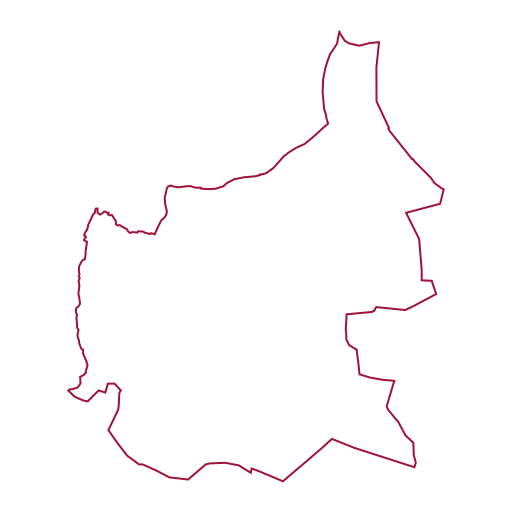 the district of Doedain, River Cess, Liberia
{"feature_id": "62588387B34334652858528", "entity_name": "Doedain", "entity_type": "district", "adm_level": 2, "iso_a3": "LBR", "parent_name": "Liberia", "parent_adm1": "River Cess", "projection": "orthographic", "projection_center": [-9.275, 6.287], "detail": "fine", "context": "isolated", "style": "outline", "palette": "rose", "viewbox_px": 512, "rotation_deg": 0, "n_neighbors": 0, "source": "geoboundaries", "source_scale": "gbopen_adm2", "svg_char_len": 3564}
<svg xmlns="http://www.w3.org/2000/svg" viewBox="0 0 512 512"><path d="M282.9,481.3L304.2,463.2L321.6,448.3L332.0,438.9L332.4,439.1L353.9,447.7L367.7,452.2L414.4,467.2L415.7,463.1L415.8,462.8L414.4,457.4L413.8,454.9L413.4,443.6L413.2,442.6L411.4,440.9L405.4,435.2L398.1,421.6L396.3,419.7L390.1,412.1L388.4,410.1L388.2,409.6L387.4,408.2L386.7,406.1L387.0,405.3L387.0,405.2L392.5,386.8L394.3,380.8L382.4,379.8L369.4,377.4L359.5,374.3L358.2,361.6L357.8,358.7L357.6,357.2L356.6,349.4L356.0,349.4L354.5,348.4L349.3,345.2L346.4,339.7L346.1,330.7L345.7,330.2L346.4,319.1L346.6,314.3L372.4,311.9L373.3,310.8L374.2,310.8L376.2,307.1L377.3,307.2L386.2,308.1L404.0,309.9L405.2,310.1L405.5,309.9L412.5,306.6L436.2,294.0L436.0,293.5L432.2,282.2L431.8,280.8L421.7,280.3L421.7,279.0L421.7,269.6L420.5,255.4L419.1,239.0L408.4,217.4L406.1,212.8L440.1,203.8L443.7,189.4L442.0,188.6L434.4,183.0L431.2,178.2L426.0,172.9L415.1,162.0L412.8,159.0L412.0,159.1L411.3,158.1L389.5,130.8L388.4,128.4L389.0,128.0L376.5,101.3L376.5,93.0L376.4,67.2L376.5,66.2L377.1,60.8L379.0,42.2L369.9,43.0L364.9,44.3L359.2,45.7L348.8,43.3L345.2,41.0L344.0,39.7L339.6,32.8L339.5,30.7L338.0,38.5L337.1,43.6L333.3,49.4L329.9,54.5L327.1,62.3L326.6,64.0L325.9,66.2L325.8,66.6L325.2,68.7L323.2,79.0L322.6,91.7L323.7,104.1L324.0,107.7L324.1,108.9L326.1,115.2L326.4,118.2L328.1,123.6L323.3,127.7L316.6,133.9L310.3,139.4L304.7,143.9L303.2,144.6L296.0,147.9L288.8,152.4L283.5,156.6L279.1,161.6L273.4,168.0L266.1,173.2L262.7,174.2L260.1,174.5L260.3,174.9L255.8,176.2L243.3,177.4L234.0,179.3L233.6,179.5L226.8,183.1L223.1,186.4L218.3,187.8L215.4,188.8L208.2,189.1L201.4,188.7L200.6,188.5L200.7,187.7L196.3,187.7L195.7,187.7L190.6,186.2L190.1,186.1L185.4,186.4L178.6,187.3L174.8,186.8L170.7,185.5L169.4,186.0L168.1,186.4L166.8,188.5L166.1,192.0L165.1,196.1L164.7,197.7L165.1,203.7L166.9,211.3L166.2,214.8L164.2,217.8L161.4,220.2L158.4,226.0L154.7,234.3L151.4,233.2L151.3,233.4L149.8,234.1L147.7,233.4L144.7,232.6L142.8,231.5L137.9,231.4L137.3,232.6L135.2,232.3L132.8,232.1L129.9,232.9L128.1,231.4L126.8,229.1L122.0,226.6L119.7,225.1L117.6,225.5L115.9,224.3L115.9,221.1L115.7,220.9L111.8,214.9L110.2,215.3L108.2,214.7L108.6,212.8L107.4,212.9L105.2,211.6L104.3,211.6L102.7,212.9L102.1,213.4L100.1,214.6L97.6,212.9L97.6,209.8L97.5,208.5L95.7,208.7L95.0,211.6L94.9,212.6L93.1,214.5L92.9,214.8L87.9,225.6L88.0,226.7L86.7,230.3L85.4,232.0L84.3,234.8L84.1,235.1L86.0,237.1L84.6,238.7L84.0,239.8L84.1,240.2L87.0,241.9L85.5,251.9L85.7,254.0L84.7,259.4L83.6,259.6L81.8,261.1L79.0,266.5L78.9,271.8L79.5,274.3L78.7,276.6L79.7,277.7L78.6,281.2L79.4,285.6L78.4,293.7L79.4,298.5L79.6,300.5L80.0,303.8L78.3,306.6L76.9,307.5L76.1,308.5L76.1,308.8L76.0,310.0L75.9,311.9L75.9,312.2L77.0,315.1L76.4,317.9L77.1,324.7L77.0,327.5L78.5,329.8L77.7,333.9L77.5,336.0L78.9,340.5L79.3,343.3L79.4,343.8L81.3,348.7L83.1,349.8L83.1,353.4L84.1,356.0L85.0,358.2L86.5,361.2L86.3,361.6L87.6,365.0L85.8,371.2L85.9,372.8L85.1,373.5L83.6,375.1L80.1,376.9L80.3,378.5L80.3,380.1L80.5,383.4L77.8,387.4L74.5,388.4L71.7,389.4L69.9,389.2L68.8,390.2L68.3,390.6L74.7,396.7L83.0,400.4L87.7,401.4L93.4,395.7L98.6,390.5L105.3,392.5L107.9,383.7L114.6,383.7L120.8,390.4L119.3,393.0L118.8,404.5L118.2,409.7L108.4,430.1L112.7,436.3L116.7,442.0L120.9,447.5L127.1,455.6L139.0,464.4L142.6,464.4L143.5,464.8L156.6,470.7L160.9,472.9L166.4,475.8L169.5,477.4L182.8,478.9L188.2,479.5L195.4,473.3L205.7,464.4L210.4,463.3L212.9,463.3L225.4,462.8L238.9,465.4L244.6,469.0L250.8,472.8L251.6,468.5L258.7,471.1L281.3,480.6L282.9,481.3Z" fill="none" stroke="#9f1239" stroke-width="2"/></svg>